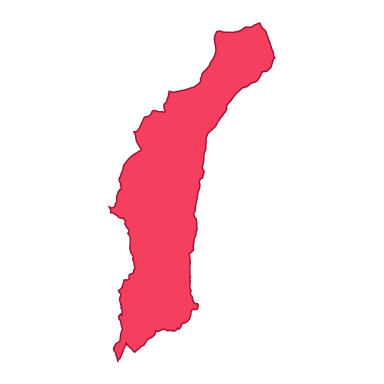 the district of Páramo, Santander, Colombia
{"feature_id": "7082276B4805358914632", "entity_name": "Páramo", "entity_type": "district", "adm_level": 2, "iso_a3": "COL", "parent_name": "Colombia", "parent_adm1": "Santander", "projection": "robinson", "projection_center": [-73.178, 6.414], "detail": "fine", "context": "isolated", "style": "filled", "palette": "rose", "viewbox_px": 384, "rotation_deg": 0, "n_neighbors": 0, "source": "geoboundaries", "source_scale": "gbopen_adm2", "svg_char_len": 6022}
<svg xmlns="http://www.w3.org/2000/svg" viewBox="0 0 384 384"><path d="M197.2,309.3L198.1,306.7L198.1,304.4L197.6,303.8L196.6,303.7L196.1,303.9L195.4,303.8L193.8,302.2L192.9,300.6L192.6,298.6L192.1,296.4L190.6,294.5L190.5,293.0L190.9,291.3L190.8,290.0L190.7,289.5L189.9,288.2L189.8,287.8L189.9,285.2L189.9,283.6L190.3,280.8L190.1,279.5L189.7,278.3L189.8,277.8L190.4,277.3L190.5,277.0L189.8,274.9L189.9,271.4L189.7,267.9L189.9,266.2L190.2,262.0L189.8,257.1L189.2,254.4L189.7,253.3L191.2,252.3L192.9,250.6L193.2,250.1L193.5,249.2L193.1,246.7L193.2,245.7L193.5,244.9L194.2,238.6L194.4,237.9L195.9,235.5L195.9,233.5L196.2,231.6L197.1,229.3L197.1,228.6L196.7,226.6L196.7,225.9L196.8,225.3L196.6,221.0L195.8,218.4L195.1,217.4L194.5,216.8L194.0,215.8L193.8,215.1L193.8,213.5L194.0,212.7L194.4,212.3L195.0,211.4L195.1,210.8L195.3,209.6L195.2,208.6L195.7,205.1L196.4,201.5L196.9,199.7L197.7,193.9L199.5,187.9L199.9,185.9L199.8,183.7L199.3,182.4L199.4,181.4L200.1,179.4L200.5,179.0L202.4,178.1L204.0,172.1L204.0,171.4L203.9,170.8L202.1,168.0L203.3,162.9L203.9,158.3L203.8,156.9L203.9,154.2L204.8,151.3L205.5,150.3L205.7,149.8L205.9,146.6L205.9,143.3L206.1,142.5L206.0,139.2L206.1,138.1L207.7,133.8L209.1,132.2L215.1,126.8L215.8,125.9L217.3,122.6L217.7,122.2L217.9,121.4L218.1,120.9L218.8,120.5L219.2,120.1L219.5,119.3L220.2,118.6L220.3,118.0L222.3,116.0L222.8,115.3L223.0,114.4L223.4,113.8L224.5,113.0L225.7,111.3L226.7,109.2L226.8,108.6L226.5,107.2L226.6,105.7L227.1,104.9L231.1,100.3L233.3,97.1L236.6,93.0L240.1,90.1L241.4,88.7L242.5,87.8L244.1,87.4L245.3,86.9L246.6,86.9L248.7,85.3L250.5,83.6L251.4,83.1L252.3,82.9L252.8,82.5L254.9,82.2L257.3,80.8L260.9,75.2L260.9,74.1L262.2,71.9L267.2,71.1L267.7,70.4L270.7,67.7L271.4,66.0L273.0,60.4L273.3,59.5L274.1,58.4L274.7,58.4L274.7,57.4L274.1,57.3L273.6,55.8L273.4,52.6L271.6,48.5L270.2,43.7L266.7,34.2L266.3,32.4L265.6,31.1L264.6,30.0L263.2,28.9L262.5,28.2L260.8,25.6L260.0,23.2L259.6,23.0L256.2,24.3L254.0,25.3L251.6,27.1L247.3,27.2L246.6,27.0L245.8,27.0L245.2,27.3L240.9,30.3L238.3,31.4L233.0,32.4L223.5,32.2L220.6,31.2L219.6,31.1L218.4,31.1L217.4,31.6L216.7,31.7L214.6,36.4L214.4,38.0L214.5,40.4L215.7,47.5L216.0,51.0L215.4,53.2L214.5,55.8L213.2,58.6L210.7,62.3L209.1,66.0L206.8,68.7L203.1,72.5L202.1,73.9L201.9,75.3L201.7,76.3L200.5,78.6L200.6,80.2L200.4,81.6L200.0,82.4L197.4,84.7L195.5,86.0L194.2,87.3L193.5,87.1L190.3,88.2L189.5,88.3L186.6,89.5L185.8,89.6L184.2,90.1L180.6,90.7L178.3,91.5L176.4,91.5L174.7,92.2L173.3,92.2L171.5,91.8L170.6,91.9L169.8,91.3L169.2,91.2L168.5,95.3L167.8,98.0L167.3,98.6L167.1,99.4L166.9,101.0L165.7,102.9L164.3,103.8L164.0,104.8L164.0,107.5L164.2,108.6L164.9,110.5L165.0,111.2L164.8,111.7L163.4,112.2L161.9,111.6L160.6,111.9L158.2,111.6L156.0,110.8L154.8,110.6L153.9,110.5L152.9,110.7L152.2,111.3L151.3,113.5L149.7,115.6L148.0,116.4L145.4,116.9L144.6,117.2L144.1,117.7L143.7,118.4L142.8,120.7L141.8,122.6L141.0,124.7L138.5,129.5L137.4,130.8L136.5,131.5L135.1,131.6L133.9,132.0L135.1,134.1L135.4,135.1L136.3,140.6L137.5,143.3L139.7,146.7L141.1,149.4L141.1,149.9L140.9,150.3L140.1,150.8L137.9,152.0L132.8,155.2L130.2,157.4L127.3,160.5L124.0,164.9L123.4,165.8L123.3,168.2L122.3,171.4L121.8,172.3L121.1,173.8L119.9,177.6L119.1,178.6L119.0,179.7L119.4,180.7L119.8,182.2L120.7,183.1L120.4,185.2L120.6,185.9L121.1,186.8L121.2,187.7L121.1,189.2L120.8,189.4L120.0,189.4L119.3,191.0L118.9,191.1L118.0,192.0L117.8,194.0L116.8,195.6L116.6,200.9L116.7,201.8L116.5,202.3L115.3,203.8L115.0,206.1L114.6,206.7L113.2,207.5L112.4,207.8L111.3,207.8L110.4,207.5L109.3,206.9L110.7,210.1L110.9,211.1L110.5,212.7L110.9,212.9L112.5,212.7L113.4,213.1L114.6,214.2L117.4,215.6L118.2,216.9L119.1,217.5L121.0,218.3L123.2,218.4L123.6,218.8L125.4,221.0L125.5,221.7L125.4,222.1L125.0,222.7L124.8,223.6L126.0,226.4L128.4,229.4L129.0,231.0L128.9,232.0L127.8,233.3L128.1,234.0L128.8,234.6L129.8,236.2L130.3,237.5L130.1,245.7L129.8,246.7L129.8,248.0L130.8,252.5L131.3,253.4L132.6,255.0L133.2,256.2L133.3,256.6L132.8,258.4L132.7,259.7L133.0,260.4L133.7,261.5L134.1,262.6L134.2,265.3L134.9,267.8L134.6,269.1L133.7,269.9L133.5,271.7L133.1,273.1L132.2,273.6L129.8,274.3L129.4,274.6L128.9,276.8L129.2,278.4L129.0,279.1L128.1,279.9L127.7,280.0L124.5,279.8L123.9,280.1L123.6,282.9L123.1,284.4L121.4,288.3L120.6,289.2L119.9,289.7L118.7,290.2L118.5,290.4L118.6,291.4L120.4,293.6L120.9,294.7L120.9,295.6L119.7,297.8L119.6,300.0L120.6,303.4L120.8,305.4L121.6,306.4L121.8,307.0L121.6,307.6L121.1,307.6L121.0,307.8L121.0,308.0L121.4,308.9L122.1,309.8L122.3,311.1L122.0,313.8L122.2,314.9L121.9,315.5L121.7,315.4L121.1,314.0L120.6,314.0L119.5,315.5L119.0,315.7L118.8,316.3L118.7,317.2L119.0,317.9L119.0,319.3L119.8,319.9L120.3,320.5L120.7,321.4L121.3,325.4L121.8,326.9L122.3,327.9L122.4,328.8L120.9,333.4L120.5,335.9L120.0,340.6L119.7,341.3L118.0,342.3L116.8,343.3L115.6,343.9L114.8,346.0L113.5,348.1L114.0,350.6L115.6,352.7L115.9,353.5L116.1,354.4L116.1,355.7L117.0,357.4L117.6,360.5L117.8,361.0L118.6,359.5L119.8,358.5L120.5,357.4L120.9,355.8L121.8,354.2L122.7,352.2L123.8,348.8L124.7,346.9L125.8,345.2L126.0,344.6L126.1,343.0L126.2,342.9L126.6,343.8L128.1,345.8L129.7,347.2L130.5,348.2L131.3,348.6L131.9,349.2L133.4,351.4L134.1,351.9L134.6,352.0L135.2,351.8L136.9,350.0L139.1,348.5L141.3,346.3L142.5,345.7L143.3,345.6L143.7,345.4L145.3,343.0L146.6,340.7L147.4,339.8L148.9,338.7L150.4,338.1L153.1,336.3L154.8,334.5L155.2,333.3L155.3,331.3L155.5,331.0L156.0,331.0L157.4,331.5L157.9,331.5L158.5,331.3L159.9,330.6L161.1,330.2L161.7,329.6L162.7,329.5L163.2,329.1L163.9,329.4L165.7,329.5L166.2,329.8L166.6,330.4L167.7,330.9L170.4,330.1L170.8,330.1L171.3,330.7L171.7,330.9L172.0,330.9L172.8,330.7L173.7,331.0L174.2,331.0L174.9,330.9L176.2,330.1L176.6,329.3L176.7,328.9L177.5,328.1L178.0,328.2L178.3,329.1L178.9,329.1L180.4,327.7L181.2,326.1L181.3,324.9L182.1,323.7L182.5,323.5L184.2,323.2L185.3,322.7L187.1,321.6L189.2,319.5L189.8,318.0L190.7,315.3L191.0,313.5L190.9,311.8L191.4,310.9L192.3,309.9L193.5,309.1L195.6,309.6L196.5,309.5L197.2,309.3Z" fill="#f43f5e" stroke="#9f1239" stroke-width="1.5"/></svg>